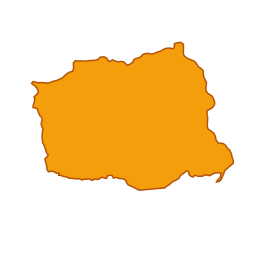 the district of Palmital, São Paulo, Brazil, rotated 250°
{"feature_id": "56859067B2487555723980", "entity_name": "Palmital", "entity_type": "district", "adm_level": 2, "iso_a3": "BRA", "parent_name": "Brazil", "parent_adm1": "São Paulo", "projection": "albers", "projection_center": [-50.219, -22.821], "detail": "fine", "context": "isolated", "style": "filled", "palette": "amber", "viewbox_px": 256, "rotation_deg": 250, "n_neighbors": 0, "source": "geoboundaries", "source_scale": "gbopen_adm2", "svg_char_len": 2631}
<svg xmlns="http://www.w3.org/2000/svg" viewBox="0 0 256 256"><g transform="rotate(250 128 128)"><path d="M47.0,192.8L46.7,195.6L47.9,198.2L49.6,199.7L52.2,202.2L55.0,204.5L56.6,208.9L57.9,212.1L58.7,214.8L61.2,215.8L65.2,215.9L68.5,216.3L72.2,216.0L74.1,214.9L78.1,213.8L80.4,212.5L81.6,210.8L83.1,207.6L86.5,206.7L90.3,207.2L93.4,207.0L96.0,205.5L99.8,202.8L102.5,203.1L110.4,206.4L112.8,206.7L117.2,208.1L117.9,213.1L119.0,215.6L120.7,217.5L122.8,218.3L127.1,218.3L129.1,217.9L131.1,216.5L133.6,214.7L135.7,214.1L138.1,214.5L143.8,217.3L150.3,216.6L156.1,218.2L158.3,217.3L161.7,215.0L165.8,214.2L168.1,213.1L172.9,207.9L176.1,205.6L178.7,205.4L186.4,208.3L188.3,208.5L190.4,206.8L191.1,204.5L191.4,200.5L189.3,199.8L187.5,198.5L187.3,196.4L188.6,195.2L189.8,191.5L189.8,188.5L189.1,185.6L189.3,182.4L189.2,179.9L189.1,176.5L190.1,174.1L191.3,172.4L192.0,169.5L191.9,166.8L190.8,165.0L190.2,162.4L190.6,159.9L190.3,156.9L188.2,155.0L187.6,153.0L187.2,151.0L187.3,148.6L189.7,147.6L191.6,146.6L193.0,144.0L193.4,141.6L195.5,138.6L197.3,136.9L196.9,134.7L197.2,132.7L201.0,131.9L203.1,129.8L204.1,126.1L202.7,123.5L202.9,119.9L203.8,117.3L204.5,115.1L205.1,112.0L205.6,110.0L206.8,107.9L208.0,104.0L209.3,101.4L207.7,98.8L205.3,98.1L202.3,97.1L200.1,95.2L200.5,92.8L200.2,90.3L199.5,88.2L198.4,85.4L197.4,82.8L197.3,80.3L197.0,76.8L197.5,73.8L197.3,70.9L197.7,67.4L199.1,65.1L199.8,62.9L200.8,61.1L201.2,59.0L202.5,57.2L204.1,54.8L202.9,52.6L199.0,55.1L196.3,56.1L194.0,56.2L191.9,55.8L190.3,52.7L189.5,50.4L187.2,50.3L184.5,48.9L182.3,47.0L179.7,45.7L178.8,47.5L177.0,49.4L172.4,49.1L169.6,49.5L167.8,50.3L165.4,50.2L162.6,48.4L160.3,47.5L158.4,47.7L156.2,47.9L153.6,46.2L151.7,45.4L149.4,44.3L146.3,43.5L143.6,42.8L141.2,43.1L138.7,43.3L136.4,43.2L134.3,43.0L132.2,43.1L130.2,43.8L128.7,42.3L127.6,39.5L124.4,38.9L122.0,38.8L118.5,38.2L116.3,37.7L114.1,38.2L113.5,41.6L111.5,44.2L109.9,45.3L109.1,47.9L107.3,46.7L106.5,48.8L105.1,50.0L104.0,52.0L102.8,53.8L101.0,55.4L99.6,58.7L97.8,62.1L97.0,65.0L94.9,67.0L94.8,69.7L94.0,71.4L94.0,73.4L92.3,75.1L90.9,76.6L91.6,78.4L90.6,80.6L89.8,82.9L90.5,85.1L90.5,87.2L89.1,88.5L88.0,90.7L90.1,92.3L89.8,94.5L89.2,96.7L86.0,97.1L85.6,100.0L83.5,102.5L82.2,105.7L79.9,107.8L77.3,108.0L74.7,108.5L72.2,111.2L65.7,117.3L59.1,142.2L60.1,144.5L60.6,147.5L62.0,150.6L62.5,152.8L62.5,154.9L63.4,158.9L65.2,160.7L66.2,162.9L66.4,165.1L67.7,168.1L66.2,170.1L63.3,169.4L60.7,170.9L59.6,172.7L60.9,174.4L59.6,176.1L58.3,178.1L57.2,181.4L57.7,184.1L56.5,186.5L55.2,188.7L55.9,192.1L55.8,195.5L53.8,200.2L49.7,197.4L48.3,194.2L47.0,192.8Z" fill="#f59e0b" stroke="#b45309" stroke-width="1.5"/></g></svg>